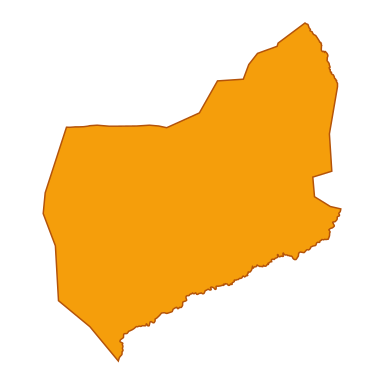 Mo'ron, Hentiy, Mongolia (orthographic projection)
{"feature_id": "93677404B68040826216120", "entity_name": "Mo'ron", "entity_type": "district", "adm_level": 2, "iso_a3": "MNG", "parent_name": "Mongolia", "parent_adm1": "Hentiy", "projection": "orthographic", "projection_center": [110.381, 47.305], "detail": "fine", "context": "isolated", "style": "filled", "palette": "amber", "viewbox_px": 384, "rotation_deg": 0, "n_neighbors": 0, "source": "geoboundaries", "source_scale": "gbopen_adm2", "svg_char_len": 5982}
<svg xmlns="http://www.w3.org/2000/svg" viewBox="0 0 384 384"><path d="M118.3,361.0L119.2,358.0L119.9,356.8L121.8,354.7L122.0,354.1L122.1,351.7L122.9,350.8L123.0,350.3L122.9,349.8L122.5,348.7L122.4,348.2L122.8,347.1L122.9,346.5L122.9,346.0L122.3,344.7L122.3,344.4L122.8,343.6L122.7,343.2L122.3,342.9L120.3,341.9L120.0,341.6L119.9,341.3L120.0,340.8L120.2,340.3L120.6,339.7L123.2,337.8L123.5,337.4L123.6,334.9L123.7,334.4L124.0,334.0L124.3,333.7L126.4,333.6L127.1,333.4L128.0,332.4L128.2,332.0L128.6,331.4L128.9,331.2L130.0,330.8L132.3,329.7L134.0,328.6L136.3,326.6L137.5,326.8L139.1,326.1L140.6,326.4L141.2,326.3L142.3,325.7L145.3,325.8L145.6,325.7L145.9,325.2L146.2,324.2L146.4,323.9L146.6,323.9L146.9,324.2L147.4,325.3L147.7,325.7L148.1,325.9L149.0,325.8L149.2,325.6L149.8,323.0L150.1,322.1L150.3,321.8L151.1,321.6L153.1,322.8L153.6,322.8L154.2,322.6L155.1,321.0L155.1,319.1L157.0,317.9L159.5,315.5L161.3,313.3L161.8,313.0L164.3,312.7L166.5,313.4L167.4,313.3L171.8,311.8L172.2,311.5L172.7,310.5L172.9,309.6L173.2,309.2L174.8,308.1L176.2,307.4L176.8,307.4L177.1,307.7L177.2,308.2L177.5,308.5L177.9,308.7L178.7,308.4L179.1,307.7L179.5,307.4L181.0,307.5L181.4,307.3L182.0,306.5L182.5,305.6L182.6,305.1L182.7,302.4L183.0,302.0L184.3,301.4L185.7,301.0L186.6,300.3L186.6,299.7L186.2,298.6L186.0,297.8L186.0,297.0L186.2,296.3L186.7,295.9L187.2,295.7L188.9,295.6L189.2,295.4L189.6,294.8L190.4,294.1L190.8,293.9L191.5,293.9L191.9,293.7L192.4,293.1L192.6,293.0L193.4,293.6L194.0,293.8L195.2,293.1L195.7,292.9L196.1,293.3L196.4,294.0L196.7,294.3L197.2,294.4L197.9,294.3L198.9,293.5L200.3,293.3L201.1,292.9L202.4,293.7L203.1,293.8L203.7,293.6L204.2,293.1L205.3,290.6L206.2,290.3L207.9,289.3L208.5,289.3L209.2,289.8L209.8,290.0L210.5,290.0L211.0,289.8L211.2,289.3L211.2,288.9L210.6,288.0L210.5,287.7L210.9,287.2L211.3,287.1L212.0,287.1L213.7,287.8L214.9,289.2L215.2,289.4L215.5,289.4L215.9,289.2L216.1,288.8L216.2,287.9L216.0,286.8L216.2,286.4L216.6,286.2L218.3,286.2L220.4,285.9L222.4,285.3L223.4,285.4L223.6,285.3L223.6,285.0L223.5,284.6L223.5,284.4L223.8,284.2L224.4,284.6L224.6,284.6L225.1,284.2L225.3,283.7L227.1,284.0L228.0,285.0L228.3,285.3L228.9,285.4L229.4,285.3L229.8,285.1L230.5,284.0L230.8,284.0L231.2,284.3L231.8,284.5L232.1,284.3L232.2,283.0L232.4,282.7L234.1,281.7L234.3,281.4L234.4,281.0L234.2,280.4L234.4,280.1L235.0,280.0L236.1,280.1L237.0,279.6L238.1,279.6L238.5,279.3L239.5,278.4L240.6,278.4L241.4,278.1L241.9,277.8L242.6,276.5L242.9,276.2L243.3,276.1L244.6,276.9L245.1,276.7L246.0,275.9L247.5,275.6L247.7,275.4L247.6,275.2L247.3,274.8L247.2,274.6L247.2,274.4L248.1,273.3L248.1,272.3L248.2,272.1L248.3,272.0L249.7,272.1L250.2,271.9L250.7,271.3L251.4,270.3L251.9,269.2L252.4,267.0L252.5,267.2L252.8,267.9L253.0,268.1L253.3,268.1L253.6,267.8L254.2,266.8L255.9,266.8L256.4,266.3L256.8,265.4L257.2,265.1L257.5,265.2L257.9,265.7L258.3,265.8L258.8,265.9L259.8,266.5L261.0,266.4L262.4,266.7L263.0,266.5L263.4,265.4L263.5,265.4L264.7,266.2L265.6,266.2L266.1,266.0L267.1,264.7L268.2,264.5L268.4,264.4L268.4,264.2L268.3,263.8L268.0,263.4L268.2,263.2L268.5,263.0L269.2,262.9L269.6,262.6L270.2,261.9L270.5,261.7L271.3,261.8L271.7,261.7L271.7,261.3L271.5,260.5L271.4,259.9L271.6,259.6L271.8,259.4L273.2,259.1L273.6,259.4L274.3,259.4L274.6,259.1L274.9,258.6L275.2,258.3L276.7,257.8L277.4,257.4L277.7,257.0L277.7,256.3L277.4,254.9L277.6,254.6L277.9,254.7L278.2,255.0L278.6,256.1L279.2,256.7L279.6,256.8L280.1,256.7L281.2,256.1L282.1,256.4L283.0,256.4L283.3,256.2L283.1,255.3L282.9,253.9L283.0,253.3L283.2,253.1L283.4,253.1L284.1,254.3L284.5,254.7L284.9,254.9L285.6,255.0L286.9,254.9L287.9,255.6L289.1,255.5L289.8,256.0L290.2,256.1L291.1,256.0L292.1,256.6L293.0,258.4L293.7,259.1L294.7,259.6L295.4,259.6L296.0,259.5L296.6,258.8L298.4,256.0L298.6,253.6L298.9,253.0L299.9,252.2L300.4,252.0L303.5,252.6L304.3,252.5L306.6,249.9L307.3,249.7L308.2,249.9L308.7,249.9L309.5,249.4L310.4,248.4L310.6,247.5L310.8,247.1L312.8,246.1L315.5,245.5L316.0,244.9L316.3,243.9L316.6,243.0L316.9,242.7L317.7,242.3L319.4,242.4L319.7,242.2L319.9,241.4L320.1,241.0L320.7,240.5L321.1,240.4L321.5,239.8L321.9,239.5L323.6,239.8L324.8,239.3L325.6,239.5L326.2,239.5L328.2,239.2L328.3,239.0L329.2,236.8L329.5,235.8L329.7,233.5L329.5,233.2L329.5,232.9L330.1,232.1L330.0,231.6L328.9,229.9L328.9,229.7L330.1,228.7L330.9,228.3L332.3,227.9L332.7,227.6L333.6,226.9L334.3,226.1L334.3,225.7L333.9,224.8L333.3,223.7L332.9,222.9L332.7,222.5L332.7,222.3L333.2,222.0L334.5,221.8L335.2,221.6L336.0,220.8L337.0,219.6L337.2,218.7L337.2,217.3L337.4,216.8L337.8,216.5L339.0,216.1L339.4,215.6L339.5,215.3L339.4,214.7L338.8,213.7L338.8,213.4L339.1,212.9L340.1,211.8L340.4,211.1L340.7,209.7L340.8,208.9L330.3,206.5L314.5,196.7L312.8,177.1L331.8,171.2L329.4,133.9L337.5,86.7L337.5,83.4L336.5,81.6L336.6,80.5L336.0,80.3L335.9,79.5L335.3,78.8L334.7,78.5L334.6,78.3L334.3,76.9L333.6,75.3L333.1,74.7L332.5,74.6L332.1,74.3L331.6,73.6L331.4,73.5L331.3,73.2L331.5,72.5L331.4,72.2L330.6,72.1L330.4,71.9L330.2,70.7L330.1,70.2L330.2,69.5L329.9,69.3L329.6,69.3L329.4,68.3L329.2,68.1L329.1,67.9L330.0,67.3L330.1,67.1L329.6,65.8L329.2,64.4L329.1,63.4L327.2,60.8L327.0,60.2L327.3,59.1L327.2,57.8L327.7,56.6L327.9,55.7L327.7,54.7L327.1,53.5L325.4,51.6L325.2,51.5L324.9,51.6L324.4,52.2L323.9,51.4L323.5,51.3L322.8,51.6L322.6,51.6L321.6,50.7L321.4,50.3L321.3,49.2L321.5,45.8L321.7,45.4L321.3,44.9L321.4,43.9L320.9,43.5L320.9,42.6L320.5,42.3L319.7,42.1L319.7,41.9L319.1,40.7L317.0,37.4L316.2,36.3L315.8,35.6L313.5,34.4L312.6,33.0L312.4,32.4L312.1,31.8L310.1,30.8L310.0,30.6L310.1,30.1L310.2,29.9L310.4,29.5L310.1,29.0L308.9,27.5L308.7,26.4L308.3,25.8L308.3,25.1L307.7,24.3L306.3,23.9L305.0,23.0L278.1,43.1L277.1,46.3L257.5,53.4L248.8,64.5L243.3,79.2L217.5,80.9L199.4,112.9L166.7,127.7L158.7,126.0L149.5,125.2L137.0,126.0L116.8,126.2L109.0,126.2L97.2,125.2L89.9,125.7L87.6,126.2L83.7,126.7L78.6,126.9L75.1,126.9L69.8,127.3L66.5,127.2L45.2,192.8L43.2,213.6L55.4,245.8L58.5,300.7L89.9,326.7L118.3,361.0Z" fill="#f59e0b" stroke="#b45309" stroke-width="1.5"/></svg>